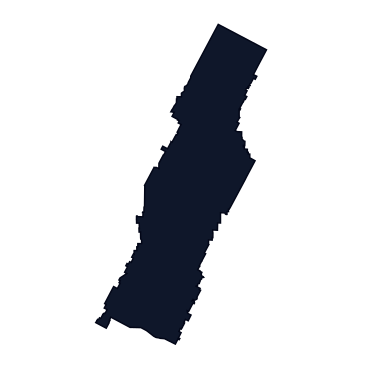 outline of Brookton, Western Australia, Australia, rotated 118°
{"feature_id": "25037944B61457505310320", "entity_name": "Brookton", "entity_type": "district", "adm_level": 2, "iso_a3": "AUS", "parent_name": "Australia", "parent_adm1": "Western Australia", "projection": "natural_earth1", "projection_center": [117.012, -32.355], "detail": "fine", "context": "isolated", "style": "filled", "palette": "ink", "viewbox_px": 384, "rotation_deg": 118, "n_neighbors": 0, "source": "geoboundaries", "source_scale": "gbopen_adm2", "svg_char_len": 5315}
<svg xmlns="http://www.w3.org/2000/svg" viewBox="0 0 384 384"><g transform="rotate(118 192 192)"><path d="M31.5,193.0L31.7,247.5L87.8,247.5L88.0,247.5L90.0,247.5L90.3,247.5L91.8,246.7L92.0,246.7L92.8,246.7L93.0,246.7L97.1,246.7L97.3,246.6L97.8,246.4L98.0,246.4L98.3,246.4L100.0,246.6L100.3,246.7L101.1,247.0L101.3,247.2L101.8,247.6L102.0,247.8L102.4,247.9L102.7,247.9L104.2,247.4L105.0,246.9L105.6,246.4L105.8,246.4L106.7,246.2L106.8,246.2L107.1,246.3L107.5,246.5L107.9,246.7L108.3,247.1L108.9,247.3L109.4,247.6L109.5,247.6L109.8,247.7L112.9,246.0L114.9,250.0L117.0,248.9L117.2,249.3L119.6,248.1L120.2,247.7L121.0,247.7L121.7,247.7L121.9,247.6L122.1,247.6L123.6,248.0L123.9,248.1L127.8,248.1L128.0,248.1L128.4,248.3L128.5,248.3L131.1,248.3L131.0,248.1L130.9,248.0L130.8,247.6L130.5,246.5L130.4,246.2L129.9,245.1L134.6,245.1L134.6,238.7L135.2,238.7L135.2,236.6L137.5,236.6L137.5,233.3L142.8,233.3L142.8,233.2L146.2,233.2L146.3,232.1L148.8,232.1L148.8,232.9L151.2,232.9L151.2,233.0L157.5,233.0L157.5,234.0L157.6,233.9L165.3,233.9L165.3,239.3L168.7,239.3L168.7,234.4L172.9,234.3L172.9,234.7L178.4,234.7L182.1,234.7L187.0,232.2L187.0,234.8L188.1,237.1L188.4,237.0L188.6,237.0L192.5,237.0L208.4,237.0L208.4,236.7L209.7,236.1L209.9,235.9L210.6,235.6L226.9,227.2L227.1,227.1L227.5,227.1L227.8,227.3L232.4,225.0L232.9,226.1L233.3,226.0L233.1,225.6L237.0,223.7L239.4,228.7L238.9,229.1L239.2,229.7L239.3,229.7L241.2,228.7L242.6,228.0L242.6,227.9L245.5,226.3L244.3,224.0L248.8,221.4L248.9,221.8L252.2,219.9L251.5,218.6L252.8,217.9L256.8,215.7L257.7,215.0L258.0,214.0L261.2,212.2L263.0,215.6L265.8,214.1L266.3,215.0L269.6,213.2L270.9,215.6L274.0,213.9L274.0,214.6L277.9,214.6L277.9,212.8L280.3,212.7L282.8,212.6L282.8,214.3L285.6,214.3L285.6,215.8L288.2,215.8L288.2,213.8L288.3,213.8L294.5,213.8L294.6,211.3L300.8,214.7L301.7,215.2L304.0,215.2L304.0,213.7L306.3,213.8L306.3,212.6L312.3,212.6L312.3,216.8L331.6,216.7L331.6,215.0L335.7,215.0L335.7,211.8L340.1,211.7L340.2,211.8L340.1,212.0L340.1,212.3L340.1,212.5L340.4,212.7L340.6,212.8L341.0,213.1L341.5,213.2L342.2,213.3L342.3,213.2L342.5,213.0L342.6,212.9L342.8,212.9L343.0,213.2L346.5,213.2L346.5,214.6L347.7,214.6L348.2,214.6L348.2,215.0L348.2,214.9L348.4,214.9L348.8,215.6L349.2,215.6L349.5,215.4L349.8,215.4L350.3,215.7L351.2,215.5L351.3,215.6L352.5,215.7L352.5,212.3L352.5,203.8L346.6,203.8L346.6,204.2L343.7,204.2L343.7,204.9L340.6,204.9L340.6,203.9L340.6,201.1L340.6,199.8L340.6,183.1L340.2,182.4L340.1,182.2L335.8,173.6L335.7,173.5L335.7,167.3L336.0,165.3L337.3,158.0L337.3,157.8L337.3,157.1L337.3,155.7L337.2,155.2L336.2,152.3L336.2,151.9L336.2,151.6L334.4,147.4L334.4,147.1L334.3,142.5L334.1,135.3L328.4,135.4L328.4,134.0L327.1,134.0L327.1,135.5L321.3,135.6L321.3,137.5L321.2,137.9L321.2,138.1L320.3,138.1L318.1,138.3L318.1,137.1L316.9,137.0L315.5,137.0L314.4,137.1L313.8,137.0L313.7,137.0L311.2,137.1L311.3,137.9L307.6,138.0L307.6,137.5L307.5,136.9L307.5,136.6L307.5,135.9L307.5,134.9L301.1,135.1L301.2,138.9L299.1,140.4L299.1,138.9L289.6,139.0L289.6,137.7L288.8,137.7L287.4,138.8L287.2,139.1L287.0,140.1L287.8,140.8L286.3,140.8L286.3,139.2L285.8,138.4L284.1,137.4L283.2,137.7L282.7,138.0L282.7,138.3L274.7,138.3L274.7,139.7L273.3,139.6L273.3,144.2L273.1,144.2L272.7,143.9L272.7,143.3L271.5,143.3L270.5,143.8L269.7,143.4L269.7,143.1L269.4,142.6L268.7,142.8L268.3,142.9L267.9,143.0L267.4,142.8L266.9,143.3L266.0,143.2L265.7,143.3L264.3,142.7L263.7,143.0L262.9,142.9L261.9,141.6L261.5,142.3L261.6,143.3L261.3,144.3L260.8,144.9L259.7,145.3L259.6,145.6L258.3,145.6L258.3,147.9L257.9,147.9L257.9,150.5L257.4,150.5L257.2,150.5L254.9,150.5L254.7,150.4L254.4,150.3L254.2,150.2L253.9,150.6L253.5,150.6L253.5,151.0L248.9,151.0L248.6,150.8L247.8,150.9L247.5,151.0L240.1,151.0L240.1,152.5L230.4,152.5L230.4,152.9L226.5,154.9L225.0,151.6L222.7,152.8L222.5,152.2L218.4,154.3L218.5,154.5L215.8,155.9L213.8,151.6L207.2,154.9L206.0,152.3L196.9,157.1L195.0,153.1L195.4,152.8L195.7,152.3L195.8,151.8L195.8,151.5L195.7,151.2L195.5,150.7L195.4,150.6L192.9,151.9L192.2,150.6L190.1,151.7L189.8,151.1L188.8,151.1L188.4,151.0L156.2,150.9L152.8,151.0L134.8,151.0L134.7,157.0L131.4,158.8L132.0,160.2L130.5,161.0L130.9,161.9L128.3,163.2L129.5,166.0L127.4,167.0L127.9,168.0L126.7,168.6L126.1,167.3L122.4,169.1L122.6,170.5L122.1,171.5L121.9,172.6L120.2,173.5L120.3,174.0L117.7,175.3L115.6,176.4L117.5,180.4L117.5,182.7L109.2,182.7L109.2,185.0L104.1,185.0L104.1,184.8L103.8,184.8L103.8,185.5L102.1,186.4L101.9,186.5L101.6,186.7L99.5,187.8L99.0,188.0L98.2,188.5L97.1,189.1L97.1,188.2L95.8,188.2L95.8,189.2L92.1,189.2L92.1,189.3L91.8,189.2L89.3,189.2L89.0,189.1L88.9,189.0L88.7,189.0L88.0,189.1L87.9,189.0L87.7,189.0L87.4,189.1L85.2,189.2L85.2,188.4L82.0,188.4L82.1,190.8L76.8,190.9L76.9,192.5L75.1,192.6L74.8,192.2L74.2,192.2L74.1,190.9L72.6,190.9L72.6,192.0L72.0,191.9L71.7,191.8L71.6,191.7L70.9,191.1L70.7,190.9L70.6,190.7L70.5,190.8L70.5,191.5L70.4,191.5L69.3,191.6L68.8,191.5L68.4,191.1L62.8,191.1L62.8,189.1L59.4,189.1L59.4,190.5L59.6,191.5L59.6,191.9L59.6,192.6L59.3,192.6L59.3,192.9L48.6,193.0L47.8,193.0L47.7,193.0L47.1,193.0L42.5,193.0L42.0,193.0L41.8,193.0L40.8,193.0L40.0,193.0L39.8,193.0L39.7,193.0L39.4,193.0L38.8,193.0L38.6,193.0L37.7,193.0L37.2,193.0L35.1,193.0L34.8,193.0L34.5,193.0L34.4,193.0L34.1,193.0L31.5,193.0Z" fill="#0f172a" stroke="#020617" stroke-width="1.5"/></g></svg>